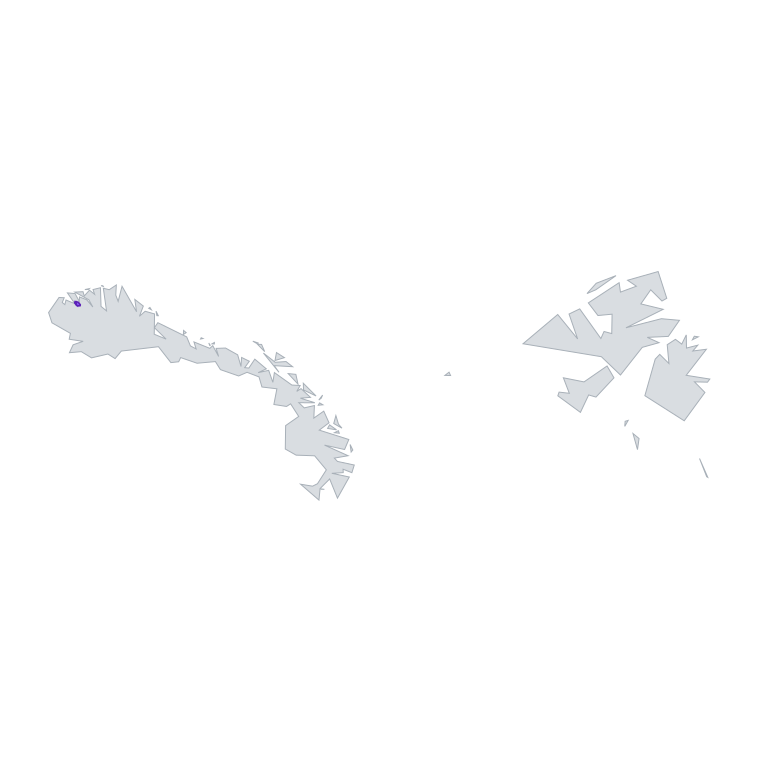 Sauda nor, Rogaland, Norway shown in context, rotated 83°
{"feature_id": "86288312B22433756147713", "entity_name": "Sauda nor", "entity_type": "district", "adm_level": 2, "iso_a3": "NOR", "parent_name": "Norway", "parent_adm1": "Rogaland", "projection": "mercator", "projection_center": [6.323, 59.704], "detail": "fine", "context": "in_parent", "style": "filled", "palette": "violet", "viewbox_px": 768, "rotation_deg": 83, "n_neighbors": 0, "source": "geoboundaries", "source_scale": "gbopen_adm2", "svg_char_len": 4875}
<svg xmlns="http://www.w3.org/2000/svg" viewBox="0 0 768 768"><g transform="rotate(83 384 384)"><path d="M405.8,472.6L392.3,479.1L394.4,483.5L390.9,495.8L375.7,490.9L372.1,505.5L361.7,507.2L355.7,518.5L358.3,527.3L349.8,544.6L341.2,548.6L340.6,567.0L333.0,582.6L336.9,585.1L336.8,592.9L319.5,603.3L319.3,640.7L326.0,647.8L320.6,654.4L322.4,671.1L315.0,680.5L314.6,692.4L307.2,687.8L305.0,677.4L301.2,691.0L295.5,689.1L282.8,706.1L272.2,708.2L258.5,696.0L259.4,690.9L263.9,693.4L266.3,691.1L261.9,689.4L266.6,681.1L255.0,687.1L256.6,679.6L264.9,676.4L260.5,675.6L264.2,668.8L272.1,663.6L264.4,666.7L255.1,679.7L255.7,671.5L260.1,670.8L255.0,664.9L259.7,660.3L254.8,661.3L253.9,653.7L272.5,655.4L277.6,650.5L254.8,650.9L256.9,645.2L253.1,637.6L263.1,639.4L269.6,637.8L255.1,632.1L282.1,620.8L269.7,621.0L277.3,613.4L287.0,618.5L282.7,612.2L286.5,603.2L306.6,606.0L312.9,594.8L300.1,605.0L295.6,601.0L313.2,574.1L322.6,571.5L326.3,566.2L319.1,567.5L327.4,552.5L325.1,549.3L336.5,544.8L328.2,546.3L329.0,536.9L337.2,525.7L349.2,523.8L340.3,522.1L345.0,514.9L350.8,520.3L351.7,516.2L343.6,509.2L354.6,499.0L357.4,507.5L356.4,496.8L368.8,494.1L359.3,491.4L373.8,475.6L375.3,467.4L380.7,471.5L378.5,466.9L388.3,458.6L387.9,468.7L394.2,454.9L392.2,470.8L398.0,466.1L396.9,455.7L409.3,457.8L403.6,447.1L415.8,443.3L421.9,453.9L434.8,425.7L444.2,431.1L437.4,450.5L450.8,428.4L451.5,442.3L455.2,439.6L460.8,423.4L468.1,426.7L463.6,435.0L467.0,435.3L466.3,446.7L472.1,429.8L491.6,444.1L471.6,449.5L480.0,460.2L491.3,462.7L473.3,479.0L476.7,467.4L474.9,462.2L462.2,451.7L446.8,461.6L443.9,479.9L436.5,489.9L413.3,486.7L405.8,472.6ZM356.8,83.0L371.4,96.0L369.8,117.0L376.5,106.0L379.1,123.2L403.9,148.2L383.4,164.9L361.0,241.1L336.2,203.1L362.9,186.3L337.1,191.8L333.3,180.6L365.3,163.2L358.7,159.2L361.7,151.8L342.5,149.1L342.1,163.3L328.4,171.3L312.1,138.3L321.6,138.1L317.7,121.6L310.7,129.6L305.8,98.2L333.4,92.9L335.5,98.0L323.0,107.8L335.8,119.3L343.9,97.8L357.7,137.0L353.0,100.7L356.8,83.0ZM388.8,59.8L412.2,83.0L418.8,60.0L421.6,62.7L419.7,75.6L431.5,66.5L457.1,90.5L427.4,126.5L392.4,111.8L388.2,106.7L398.4,98.7L379.5,98.1L375.2,89.3L380.7,83.6L372.1,78.0L385.2,79.4L383.7,67.8L388.9,73.5L388.8,59.8ZM405.9,155.0L422.8,175.2L419.8,182.2L436.1,192.5L416.9,212.9L413.4,211.2L415.8,201.2L399.7,205.2L406.3,185.2L393.3,160.4L405.9,155.0ZM352.4,490.7L359.6,486.8L338.6,499.9L349.2,489.3L349.8,478.5L355.7,472.6L352.4,490.7ZM363.7,470.3L373.6,469.4L362.0,477.8L363.7,470.3ZM373.4,464.0L387.6,452.9L380.1,464.6L373.4,464.0ZM304.7,140.5L316.3,162.3L319.0,171.5L309.9,161.1L304.7,140.5ZM345.7,479.6L347.4,489.3L339.7,486.9L345.7,479.6ZM422.7,431.1L417.1,438.7L409.5,435.6L418.3,434.1L422.7,431.1ZM423.7,436.7L421.2,445.4L417.9,443.0L423.7,436.7ZM329.8,500.7L337.3,498.5L329.2,504.7L329.8,500.7ZM515.4,75.0L496.4,79.9L516.1,74.0L515.4,75.0ZM469.2,137.5L480.0,140.4L463.5,142.9L469.2,137.5ZM439.9,425.0L445.7,423.0L447.5,424.9L439.9,425.0ZM427.4,434.4L426.3,439.1L424.8,435.0L427.4,434.4ZM397.2,447.2L397.1,451.9L394.9,450.2L397.2,447.2ZM383.7,316.9L382.9,322.5L380.2,318.0L383.7,316.9ZM455.4,150.2L450.4,149.2L449.9,146.1L455.4,150.2ZM308.9,574.1L310.4,577.1L306.4,576.4L308.9,574.1ZM387.5,446.3L390.4,448.0L392.0,450.7L387.5,446.3ZM375.5,66.3L377.7,72.5L374.4,70.2L375.5,66.3ZM288.5,601.1L283.9,601.4L288.7,599.7L288.5,601.1ZM281.9,605.9L280.2,608.3L279.5,607.0L281.9,605.9ZM328.0,505.7L325.5,509.0L328.2,503.4L328.0,505.7ZM254.2,665.9L253.8,669.4L253.4,664.8L254.2,665.9ZM323.2,549.9L322.1,547.3L323.6,547.5L323.2,549.9ZM481.3,456.0L480.7,459.6L480.5,459.0L481.3,456.0ZM324.5,552.3L321.9,552.9L325.0,551.7L324.5,552.3ZM316.8,558.1L317.0,560.6L315.8,559.8L316.8,558.1ZM253.0,650.7L251.9,652.9L252.2,651.1L253.0,650.7Z" fill="#d9dde1" stroke="#a8b0b8" stroke-width="1"/><path d="M264.6,680.6L264.8,680.7L265.0,680.7L265.0,680.8L265.3,680.9L265.3,681.0L265.3,680.9L265.4,681.0L265.5,681.0L265.6,680.9L265.7,680.7L265.6,680.4L265.6,680.2L265.6,679.9L265.7,679.7L265.8,679.6L266.0,679.6L266.3,679.6L266.2,679.7L266.2,679.8L266.0,680.0L266.0,680.3L266.0,680.5L265.9,680.7L265.9,680.8L265.8,681.0L266.0,681.0L266.4,680.9L266.5,680.8L266.5,680.7L266.8,680.5L266.9,680.4L267.0,680.4L267.3,680.3L267.6,680.2L267.8,680.1L268.0,680.0L268.1,679.9L268.3,679.7L268.5,679.5L268.8,679.3L268.8,679.2L269.3,678.6L269.0,678.5L268.9,678.3L268.9,678.2L269.0,678.0L269.0,677.9L269.1,677.7L269.3,677.3L269.2,677.2L269.2,676.9L269.2,676.5L269.3,676.3L269.3,676.2L269.2,676.2L269.0,675.9L268.9,675.9L268.9,676.0L268.5,676.1L268.2,676.2L267.9,675.9L267.7,676.1L267.4,676.4L267.0,676.6L266.8,676.9L266.1,677.0L265.9,677.2L265.7,677.3L265.6,677.5L265.5,677.8L265.4,677.9L265.4,678.0L265.4,678.5L265.2,678.6L265.0,678.8L264.9,679.0L265.0,679.0L264.9,679.0L264.9,679.3L264.9,679.5L264.7,679.6L264.6,679.8L264.7,680.0L264.7,680.3L264.7,680.5L264.6,680.6Z" fill="#8b5cf6" stroke="#5b21b6" stroke-width="1.5"/></g></svg>